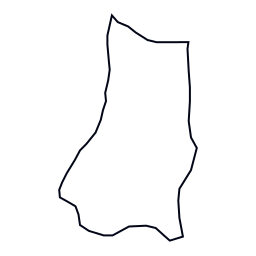 outline of Psyllatos, Cyprus
{"feature_id": "46923920B47767845876682", "entity_name": "Psyllatos", "entity_type": "district", "adm_level": 2, "iso_a3": "CYP", "parent_name": "Cyprus", "parent_adm1": "", "projection": "mercator", "projection_center": [33.687, 35.249], "detail": "fine", "context": "isolated", "style": "outline", "palette": "ink", "viewbox_px": 256, "rotation_deg": 0, "n_neighbors": 0, "source": "geoboundaries", "source_scale": "gbopen_adm2", "svg_char_len": 696}
<svg xmlns="http://www.w3.org/2000/svg" viewBox="0 0 256 256"><path d="M188.4,42.1L173.5,42.2L156.5,42.2L147.5,40.0L135.7,32.5L128.2,26.5L117.8,22.1L111.9,15.4L107.4,35.5L107.4,44.5L108.9,61.6L109.7,69.8L108.2,80.3L105.2,92.9L106.0,101.1L103.0,110.1L100.8,119.8L95.6,132.5L86.6,143.7L80.0,150.4L74.8,160.1L66.6,173.5L62.1,182.5L59.2,189.9L59.9,197.4L66.6,201.1L75.5,206.3L78.5,214.5L80.0,225.0L88.9,230.9L103.7,235.4L112.6,235.4L129.0,226.5L146.1,225.7L155.7,228.0L163.9,235.4L169.8,240.6L182.9,236.6L179.4,217.9L178.3,200.5L179.4,188.8L191.0,170.1L196.8,148.0L191.0,137.5L188.7,121.2L189.9,101.4L189.9,87.4L188.7,71.1L187.5,48.9L188.4,42.1Z" fill="none" stroke="#020617" stroke-width="2"/></svg>